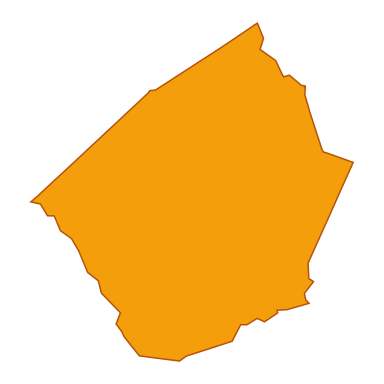 Johnston, North Carolina, United States of America (Robinson projection)
{"feature_id": "52423323B84526796546447", "entity_name": "Johnston", "entity_type": "district", "adm_level": 2, "iso_a3": "USA", "parent_name": "United States of America", "parent_adm1": "North Carolina", "projection": "robinson", "projection_center": [-78.326, 35.536], "detail": "fine", "context": "isolated", "style": "filled", "palette": "amber", "viewbox_px": 384, "rotation_deg": 0, "n_neighbors": 0, "source": "geoboundaries", "source_scale": "gbopen_adm2", "svg_char_len": 1205}
<svg xmlns="http://www.w3.org/2000/svg" viewBox="0 0 384 384"><path d="M30.8,201.9L40.5,204.1L47.5,215.8L54.2,215.9L60.5,230.8L71.5,238.6L77.9,249.5L78.0,249.9L78.6,250.6L87.7,272.5L98.3,280.8L101.4,293.1L120.4,312.8L116.1,323.9L116.4,324.3L121.9,331.9L124.1,336.7L130.4,344.7L139.3,355.8L151.0,357.4L152.6,357.6L160.3,358.6L176.2,360.6L179.5,361.0L181.9,359.3L186.5,356.0L219.1,345.5L220.4,345.1L222.2,344.5L232.2,341.2L240.7,324.7L247.0,324.7L257.2,318.4L264.5,321.8L277.6,313.0L277.7,312.7L277.4,312.4L277.2,311.9L277.2,311.4L277.5,310.8L277.3,310.2L286.8,309.7L309.0,303.3L305.7,299.8L304.4,293.4L313.5,281.6L308.8,278.5L308.1,263.0L330.8,212.6L331.3,211.3L332.6,208.3L332.8,208.1L339.2,193.6L353.2,162.4L350.0,161.3L349.7,161.2L327.7,153.3L323.9,152.1L323.3,151.9L321.9,149.3L309.8,112.0L304.8,94.6L305.2,88.8L305.3,86.9L304.6,87.0L304.6,86.6L305.1,86.4L304.9,85.8L304.4,85.6L301.6,85.5L289.4,75.2L283.5,76.8L283.3,76.4L283.1,75.8L283.0,75.6L282.8,75.4L282.6,75.2L275.6,60.5L260.1,49.5L263.5,38.3L257.4,23.2L254.3,25.0L252.9,26.1L223.6,45.9L223.0,46.3L155.4,90.1L149.7,90.6L148.6,92.6L64.0,171.6L53.4,181.3L43.8,190.3L38.1,195.6L30.8,201.9Z" fill="#f59e0b" stroke="#b45309" stroke-width="1.5"/></svg>